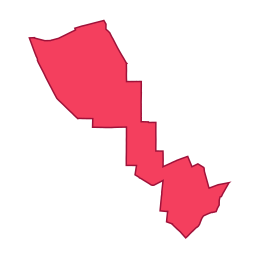 Chiselet, Calarasi, Romania (Albers equal-area conic projection), rotated 184°
{"feature_id": "2599482B88528086640764", "entity_name": "Chiselet", "entity_type": "district", "adm_level": 2, "iso_a3": "ROU", "parent_name": "Romania", "parent_adm1": "Calarasi", "projection": "albers", "projection_center": [26.795, 44.194], "detail": "fine", "context": "isolated", "style": "filled", "palette": "rose", "viewbox_px": 256, "rotation_deg": 184, "n_neighbors": 0, "source": "geoboundaries", "source_scale": "gbopen_adm2", "svg_char_len": 4774}
<svg xmlns="http://www.w3.org/2000/svg" viewBox="0 0 256 256"><g transform="rotate(184 128 128)"><path d="M159.6,233.6L160.0,233.4L169.1,230.4L177.1,227.7L178.7,227.2L179.3,227.0L179.6,226.9L181.0,226.5L188.0,223.8L187.2,222.2L187.7,221.9L188.0,221.7L188.4,221.4L190.4,220.3L197.7,216.0L203.6,212.6L209.7,210.5L210.0,210.5L210.3,210.3L211.6,209.8L217.0,209.3L227.6,211.2L227.6,211.6L232.7,211.0L228.6,201.9L228.0,200.5L225.7,195.5L224.9,193.9L224.8,193.6L224.7,193.3L224.1,192.4L223.6,191.4L223.4,191.1L223.2,190.5L223.2,190.4L223.1,190.2L223.1,189.7L223.1,189.2L222.7,188.5L222.2,187.4L220.4,184.4L218.7,181.6L217.9,180.3L216.9,178.7L215.2,175.8L214.6,174.7L213.3,172.4L211.6,169.6L210.0,167.0L208.6,164.7L207.3,162.7L205.5,159.7L203.4,156.3L201.5,153.3L201.1,152.7L200.2,151.8L198.7,150.5L197.2,149.3L194.3,146.9L191.4,144.4L188.7,142.1L186.4,140.2L184.4,138.6L183.1,137.4L181.9,136.4L180.7,135.4L178.6,133.8L178.3,134.1L177.3,134.2L174.8,134.3L173.8,134.3L172.7,134.4L170.4,134.5L168.7,134.6L165.8,134.8L163.8,134.9L163.4,126.3L161.7,126.4L157.8,126.6L155.7,126.7L154.4,126.8L150.8,126.9L149.4,127.0L146.5,127.2L146.1,127.2L143.9,127.4L141.7,127.7L136.7,128.2L129.6,128.8L129.4,126.3L129.1,121.9L128.9,119.1L128.8,116.5L128.5,112.9L128.3,109.4L127.9,103.5L127.6,97.5L127.4,94.8L127.2,92.0L127.1,90.6L125.2,90.7L122.4,90.9L118.9,91.1L116.9,91.2L117.7,82.0L117.7,81.8L116.9,81.4L114.2,80.0L113.7,79.7L113.4,79.4L113.2,79.1L112.7,78.9L111.6,78.5L111.4,78.4L110.6,78.0L109.1,77.2L107.2,76.2L104.3,74.7L102.4,73.7L101.5,73.1L101.0,72.9L100.7,72.8L100.5,72.7L100.2,72.7L99.8,72.6L99.5,72.6L99.0,72.7L98.4,72.7L98.1,72.8L96.8,73.6L92.5,76.2L89.9,77.8L89.4,78.1L89.8,67.0L89.8,66.1L89.8,65.9L89.7,65.2L89.7,63.8L89.8,63.0L89.9,61.6L89.9,60.0L90.0,57.6L90.1,52.8L90.2,49.2L90.2,48.0L90.2,47.6L83.1,47.4L83.1,47.6L82.6,47.6L82.6,47.3L82.7,46.0L82.9,41.0L83.0,37.1L77.7,35.6L77.4,35.5L77.5,35.4L77.4,35.2L77.2,35.0L76.9,34.9L76.7,34.7L76.1,34.2L75.2,33.4L74.1,32.5L73.5,32.0L73.1,31.7L72.8,31.4L72.7,31.3L72.6,31.2L72.4,31.1L72.1,30.8L71.2,30.1L70.5,29.6L69.5,28.8L68.9,28.3L68.7,28.2L68.1,27.6L67.1,26.6L66.5,26.0L65.8,25.3L65.0,24.6L64.5,24.0L63.5,23.1L62.8,22.4L61.8,23.4L61.2,24.0L60.6,24.7L60.5,24.8L60.4,25.0L60.1,25.3L58.9,26.8L57.3,28.6L56.4,29.6L56.0,29.9L56.0,30.1L55.8,30.3L55.7,30.4L55.5,30.6L55.3,30.8L55.0,31.1L54.3,31.9L53.9,32.4L53.6,32.7L53.3,33.0L53.1,33.2L52.9,33.4L52.7,33.6L52.4,33.7L52.4,33.8L52.2,34.0L51.9,34.2L51.7,34.3L51.6,34.5L51.3,34.7L51.2,34.8L51.0,35.0L50.9,35.2L50.7,35.5L50.1,36.7L49.8,37.3L49.7,37.6L49.6,38.1L49.3,39.2L48.8,40.7L48.6,41.3L48.5,41.6L48.5,41.9L48.4,42.0L48.2,42.5L48.0,43.1L47.4,44.2L46.8,45.3L46.6,45.5L46.3,45.8L46.1,45.9L45.8,46.0L45.3,46.3L43.3,47.4L42.6,47.8L41.5,48.3L41.0,48.6L40.5,48.8L39.7,49.2L39.2,49.4L38.8,49.6L38.6,49.6L38.4,49.7L38.0,49.6L37.9,49.6L37.5,49.8L37.2,49.9L36.9,50.0L36.4,50.1L36.2,50.1L35.4,50.4L34.7,50.7L34.3,50.9L34.2,50.9L34.2,51.0L34.1,51.4L34.0,51.7L33.8,52.2L33.4,53.4L33.4,53.7L33.0,54.6L32.1,56.6L31.8,57.2L31.7,57.4L31.7,57.5L31.7,58.1L31.8,59.0L31.8,59.7L31.9,61.2L31.9,61.9L31.9,62.4L31.9,62.7L31.8,63.1L31.7,63.8L31.5,64.9L31.4,65.3L31.3,65.6L31.2,65.9L31.0,66.0L30.7,66.0L30.4,66.0L30.1,66.1L30.0,66.3L29.6,67.3L28.9,69.1L27.3,72.4L26.5,74.1L25.2,76.8L24.4,78.5L23.7,80.0L23.5,80.4L23.4,80.5L34.1,77.7L40.0,75.0L42.9,73.7L43.8,75.8L43.8,76.0L48.7,89.8L49.2,92.4L49.3,93.2L49.7,93.9L55.8,97.1L61.5,93.8L66.3,103.5L66.4,103.8L66.8,103.7L67.1,103.6L67.5,103.4L68.8,102.8L72.5,101.2L75.5,99.8L76.9,99.2L77.7,98.7L79.6,97.7L81.5,96.7L83.0,95.8L85.8,94.3L89.1,92.5L90.4,91.8L90.4,92.3L90.4,92.8L90.4,93.6L90.6,95.7L90.7,98.4L91.0,101.8L91.2,104.5L91.5,107.4L94.8,107.2L96.7,107.1L98.6,107.0L98.8,108.9L98.9,110.5L99.4,118.8L99.7,122.3L100.1,127.7L100.5,134.0L100.6,135.4L100.6,135.5L100.9,135.5L101.7,135.4L103.9,135.3L105.7,135.1L107.6,135.0L108.0,135.0L108.1,135.5L115.3,135.2L115.4,137.1L115.5,138.3L115.5,139.3L115.7,140.3L115.7,141.3L115.8,142.5L115.8,142.9L115.8,143.3L115.9,144.0L116.0,145.1L116.1,146.5L116.2,148.0L116.3,148.9L116.3,149.6L116.4,150.9L116.5,151.8L116.5,152.5L116.6,153.4L116.7,154.3L117.2,164.2L117.3,164.2L117.3,164.9L117.4,165.7L117.4,166.3L117.5,167.1L117.5,168.0L117.6,169.1L117.6,170.0L117.7,170.8L117.7,171.5L117.8,172.6L117.9,173.7L118.0,174.7L118.0,175.3L118.5,175.3L120.7,175.1L121.8,175.0L122.5,175.0L124.7,174.8L127.1,174.6L129.8,174.4L131.8,174.3L132.7,174.2L132.8,175.4L133.0,177.2L133.1,178.3L133.3,180.8L133.4,182.4L133.5,184.9L133.9,189.6L134.1,191.9L133.6,192.3L134.3,192.9L134.5,193.0L135.0,193.9L136.1,195.5L137.0,196.9L139.2,200.0L141.5,203.4L144.0,207.2L146.8,211.8L149.4,216.1L150.4,217.5L153.0,221.9L153.2,222.0L154.5,223.2L156.0,224.3L156.9,225.0L157.0,226.1L157.2,230.1L159.6,233.6Z" fill="#f43f5e" stroke="#9f1239" stroke-width="1.5"/></g></svg>